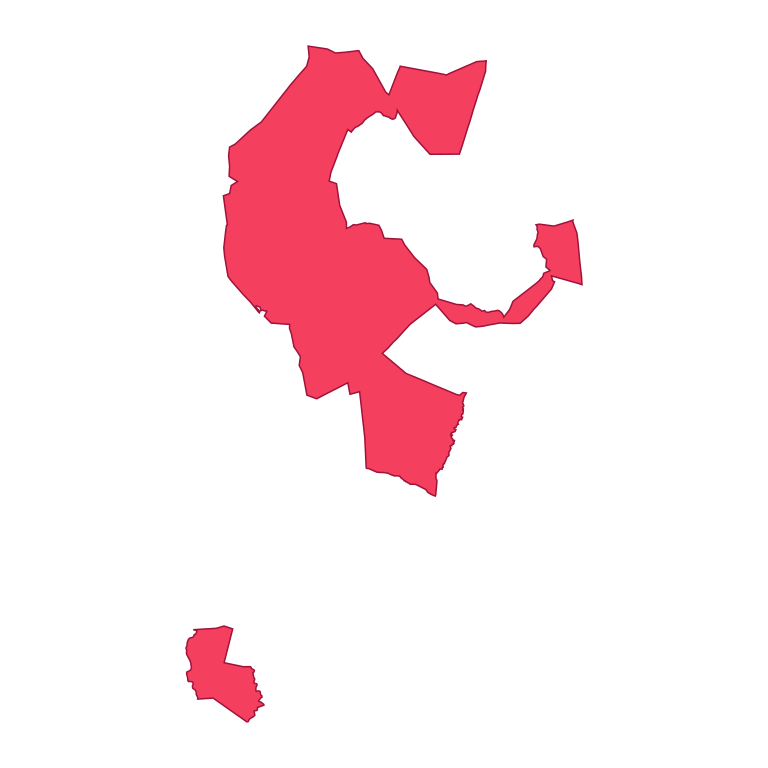 Asunción Nochixtlán, Oaxaca, Mexico
{"feature_id": "50627088B53050207097462", "entity_name": "Asunción Nochixtlán", "entity_type": "district", "adm_level": 2, "iso_a3": "MEX", "parent_name": "Mexico", "parent_adm1": "Oaxaca", "projection": "natural_earth1", "projection_center": [-97.155, 17.382], "detail": "fine", "context": "isolated", "style": "filled", "palette": "rose", "viewbox_px": 768, "rotation_deg": 0, "n_neighbors": 0, "source": "geoboundaries", "source_scale": "gbopen_adm2", "svg_char_len": 6092}
<svg xmlns="http://www.w3.org/2000/svg" viewBox="0 0 768 768"><path d="M486.2,60.8L483.8,61.1L477.5,61.5L476.7,61.6L448.4,73.9L446.9,75.0L437.0,73.0L400.2,66.2L399.6,68.0L397.5,72.6L388.9,94.8L385.7,92.1L372.7,68.7L362.9,58.3L358.8,50.6L345.5,52.2L335.4,53.0L327.7,49.1L308.1,46.1L309.2,56.9L306.8,65.6L306.3,66.7L299.7,74.1L290.9,84.4L261.4,121.9L250.3,130.1L235.2,144.1L229.6,147.1L228.6,155.5L229.6,166.6L229.1,176.3L234.2,179.5L236.9,181.1L237.5,181.5L231.2,185.5L229.6,193.5L223.4,195.8L227.4,225.1L226.5,225.3L225.7,230.9L223.8,247.8L224.6,256.2L228.0,276.4L230.0,279.2L232.6,282.4L243.3,294.6L250.3,301.9L258.5,312.0L259.3,312.8L259.8,311.4L255.8,307.2L256.2,305.8L260.2,307.2L260.9,310.6L263.1,310.2L264.4,310.9L266.7,310.9L266.6,311.9L264.4,316.2L271.2,323.1L289.6,324.4L289.5,328.4L291.4,333.9L294.0,347.0L296.8,350.9L300.4,356.7L299.2,365.4L302.7,372.6L306.9,395.1L316.7,398.8L324.1,394.9L347.8,382.8L350.0,394.3L359.6,391.7L359.8,393.5L361.1,404.8L364.8,437.8L366.2,468.0L366.8,468.4L367.9,468.6L368.5,468.5L376.9,472.2L380.6,472.5L382.7,472.5L384.9,472.7L387.9,473.2L391.2,474.8L393.6,475.6L394.4,476.0L395.5,475.8L397.0,475.9L399.4,476.0L399.7,476.1L399.9,476.5L400.4,477.0L400.7,477.6L401.4,478.3L402.2,478.8L402.7,479.2L403.2,479.4L404.3,480.9L405.4,481.0L405.7,481.7L407.0,482.0L407.5,482.7L408.4,482.8L409.6,483.9L410.1,484.1L410.2,484.3L413.2,484.2L415.7,484.4L418.6,485.9L425.6,489.4L426.8,490.9L427.7,492.3L430.9,494.3L435.3,496.1L435.7,495.1L436.7,484.5L436.9,481.6L436.9,480.1L436.2,479.2L436.0,477.8L436.0,473.1L436.7,473.3L437.4,472.2L438.2,471.6L438.9,470.5L439.4,470.1L439.9,469.0L442.1,469.2L442.4,467.7L443.2,467.3L443.1,466.8L442.8,465.5L443.2,465.1L443.5,463.7L444.4,463.7L444.8,462.0L445.3,461.5L445.6,460.6L446.5,458.6L447.0,457.0L447.9,456.5L448.9,455.6L449.0,453.9L448.6,452.6L450.1,450.4L450.2,450.0L450.3,449.3L451.0,448.6L450.1,446.2L450.3,445.8L451.8,445.8L452.0,444.7L452.1,444.4L453.3,444.3L453.9,443.4L453.4,442.8L454.2,441.9L454.5,440.5L452.9,440.4L453.0,439.4L451.6,437.9L451.6,437.1L450.9,436.0L451.9,435.8L452.4,435.1L450.8,434.3L451.1,433.8L451.7,433.4L451.5,432.8L452.2,432.3L453.4,432.2L455.0,431.5L455.9,429.6L454.0,428.7L454.3,427.6L456.0,427.3L456.5,426.0L457.3,424.7L458.4,424.2L457.7,423.3L458.7,420.2L459.6,420.4L460.1,419.3L461.6,419.7L462.6,417.2L461.2,416.7L461.8,414.3L462.5,414.2L463.0,413.5L463.3,410.3L462.6,409.7L463.2,409.4L463.4,408.9L462.5,407.5L462.7,407.1L463.5,406.6L463.8,405.9L463.7,405.2L463.4,404.7L463.1,403.7L462.5,402.5L463.0,401.5L464.2,396.8L465.0,395.5L466.4,393.0L462.8,392.5L461.2,393.9L459.5,395.3L456.5,394.5L440.0,387.6L434.9,385.5L424.1,380.9L406.0,373.4L382.3,353.4L388.1,348.0L393.3,342.1L397.2,338.5L403.8,331.1L410.2,324.2L435.7,304.3L449.8,320.5L456.0,323.8L462.4,323.3L466.6,322.6L471.8,325.2L475.5,326.9L479.5,326.6L483.5,326.1L488.7,325.0L499.8,323.0L512.8,323.5L520.2,323.3L528.2,316.1L534.2,308.8L536.4,306.6L551.5,289.0L554.6,281.7L552.6,280.8L551.5,275.9L578.2,283.4L582.0,284.7L581.5,276.6L579.8,261.6L578.3,245.3L577.9,241.0L576.9,233.2L573.6,224.0L572.7,221.4L573.0,220.1L567.1,222.1L554.6,225.9L554.2,226.1L539.8,224.2L538.8,224.2L536.0,224.8L537.2,226.6L537.0,229.3L538.1,232.6L537.5,234.0L536.9,238.8L533.9,244.8L534.0,246.8L537.3,246.4L538.2,246.6L540.3,248.6L543.2,256.6L546.6,259.2L545.9,267.0L550.0,270.3L549.5,270.9L543.7,273.3L543.1,275.9L542.0,277.7L540.6,278.8L539.4,280.5L536.1,283.4L513.0,301.3L509.7,309.4L503.8,317.2L503.0,314.8L501.6,312.8L499.4,310.9L497.6,310.3L495.8,310.8L493.4,311.2L491.3,311.4L488.6,312.3L486.2,312.2L484.6,310.5L482.2,311.2L480.6,310.1L478.7,308.9L475.8,308.0L473.9,306.1L472.1,304.8L470.8,303.8L466.9,306.0L465.2,306.0L463.1,304.9L458.9,304.6L456.7,304.5L438.1,299.0L437.3,292.9L429.8,282.5L428.9,276.7L426.7,269.3L414.6,257.7L404.8,245.1L401.7,239.2L386.3,238.4L384.1,238.2L381.5,230.3L378.9,225.3L369.8,223.3L365.8,223.5L365.6,222.9L364.6,222.9L356.4,225.0L353.3,224.7L350.3,226.8L346.5,228.5L346.4,222.1L339.7,205.3L336.5,183.7L329.2,181.1L331.0,172.1L337.5,155.2L337.4,155.0L347.8,129.5L351.3,132.1L352.0,131.0L353.6,129.2L354.2,128.4L355.7,127.1L357.8,126.4L358.4,125.9L359.3,125.4L360.5,124.3L361.8,123.7L362.5,122.8L363.2,122.1L364.6,120.1L365.8,119.2L367.0,118.0L368.2,117.3L368.7,116.9L370.5,115.7L372.0,114.9L374.4,113.1L375.6,112.0L377.7,111.8L379.8,112.0L381.0,112.6L382.9,114.8L383.4,115.7L385.4,115.8L385.8,116.3L387.9,117.0L389.0,117.1L390.1,118.2L390.8,118.4L391.5,118.9L392.8,119.2L394.6,118.6L395.5,117.7L395.7,116.8L395.9,116.1L396.9,113.5L397.3,110.2L397.9,111.3L408.3,127.5L413.9,136.5L430.0,154.3L459.4,154.1L462.1,146.0L467.8,127.6L470.2,120.4L472.9,111.1L477.9,95.2L479.9,89.7L485.6,71.1L485.8,65.6L486.2,60.8ZM246.9,721.9L248.2,721.6L249.1,719.8L249.6,719.0L253.7,716.4L254.8,715.3L254.6,713.5L254.3,712.5L254.2,710.9L256.1,710.7L257.3,710.1L257.5,707.5L263.9,705.2L263.8,704.4L261.0,702.1L258.8,701.4L258.9,700.4L260.8,698.0L262.0,697.2L261.9,695.9L260.6,694.6L260.2,691.9L259.7,691.1L257.7,690.9L256.6,691.4L256.0,691.0L255.8,688.7L256.1,687.0L257.1,685.0L256.7,683.8L254.3,683.1L253.7,682.2L253.8,681.6L254.3,680.9L254.6,679.8L254.7,678.7L253.8,677.6L252.9,672.7L254.0,672.0L254.4,670.8L254.1,670.0L251.6,668.6L251.1,667.5L250.5,666.7L243.2,666.7L224.1,662.7L232.7,628.9L224.0,626.0L216.3,628.3L193.3,629.7L195.6,630.3L196.5,630.0L197.2,629.8L196.8,630.3L196.6,630.8L196.6,632.2L195.8,633.8L195.3,634.3L194.5,634.4L194.0,635.0L193.6,636.3L192.9,637.3L190.7,637.8L189.5,638.2L188.4,639.4L187.9,640.6L187.4,642.2L187.1,643.4L187.0,645.5L186.0,647.9L186.2,649.0L186.8,650.7L186.4,652.7L186.7,654.4L190.2,661.1L190.5,662.3L190.9,663.3L190.9,664.7L191.1,665.7L191.4,666.7L191.3,668.3L190.8,669.7L189.0,671.0L187.9,671.5L186.8,672.1L186.6,673.3L186.7,674.6L187.1,675.5L187.7,678.5L187.8,680.2L188.4,681.5L189.2,681.5L189.7,681.5L190.6,681.6L191.5,681.7L192.4,682.1L193.3,683.2L193.0,684.4L192.5,685.6L192.4,686.4L192.5,687.3L192.8,688.3L193.5,688.9L194.3,689.3L195.4,690.3L196.3,692.2L196.2,693.9L196.5,695.1L197.1,696.0L197.9,698.4L197.7,699.1L213.1,698.1L246.9,721.9Z" fill="#f43f5e" stroke="#9f1239" stroke-width="1.5"/></svg>